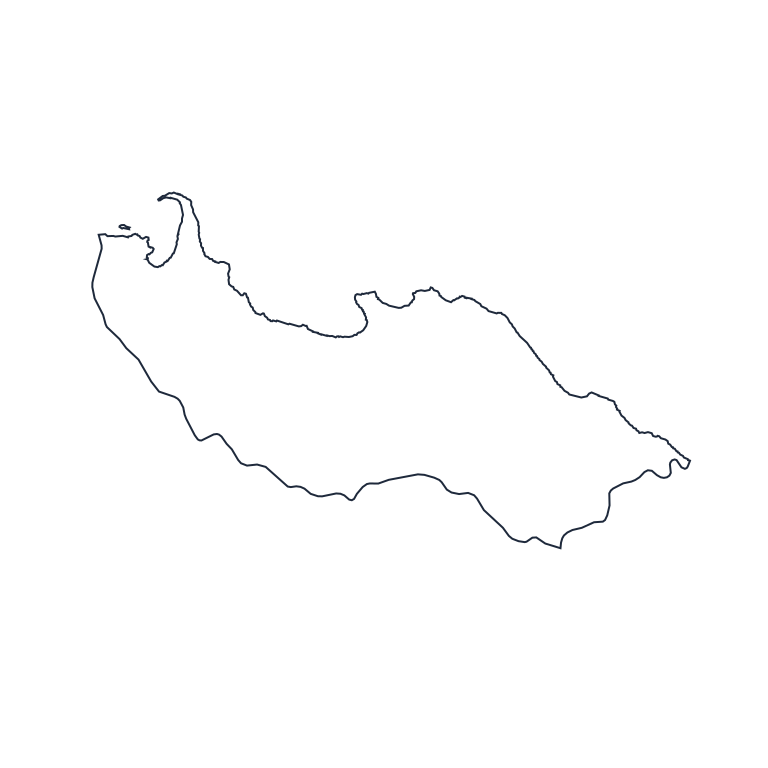 Miches, El Seybo, Dominican Republic, rotated 16°
{"feature_id": "3306468B50398630049357", "entity_name": "Miches", "entity_type": "district", "adm_level": 2, "iso_a3": "DOM", "parent_name": "Dominican Republic", "parent_adm1": "El Seybo", "projection": "mercator", "projection_center": [-69.004, 18.966], "detail": "fine", "context": "isolated", "style": "outline", "palette": "slate", "viewbox_px": 768, "rotation_deg": 16, "n_neighbors": 0, "source": "geoboundaries", "source_scale": "gbopen_adm2", "svg_char_len": 6139}
<svg xmlns="http://www.w3.org/2000/svg" viewBox="0 0 768 768"><g transform="rotate(16 384 384)"><path d="M699.4,372.5L699.0,373.4L697.2,373.4L696.8,372.5L692.5,372.0L691.2,370.7L688.2,370.2L686.5,368.8L685.2,368.8L684.8,367.9L683.5,367.9L681.4,366.1L679.7,366.1L679.3,365.2L678.0,365.2L675.8,363.4L673.7,363.0L672.4,360.7L669.8,359.8L665.1,359.8L663.0,358.4L661.3,358.4L660.8,359.3L659.6,359.8L657.0,359.8L654.9,357.5L651.0,357.5L648.0,359.3L645.4,359.3L642.9,360.7L641.6,359.3L639.5,358.9L638.6,357.5L636.0,357.5L633.9,355.7L632.6,355.7L630.0,354.4L629.6,353.5L626.2,352.1L624.5,350.3L621.0,348.9L618.0,345.8L618.0,344.9L615.0,344.4L615.0,343.5L613.3,342.1L613.3,340.8L611.6,339.9L610.3,337.6L608.6,337.2L603.9,337.2L603.1,336.3L593.6,336.3L593.6,335.8L585.9,334.9L583.8,336.7L582.5,339.9L577.4,342.6L565.0,343.0L563.3,341.7L559.4,340.8L555.6,338.1L554.3,338.1L553.8,336.7L550.8,336.3L549.6,334.4L547.8,334.0L544.4,330.4L544.4,329.0L541.8,328.6L541.0,327.2L540.1,327.2L538.9,325.4L535.4,323.6L535.0,322.7L531.2,320.9L529.4,319.1L526.9,318.1L526.4,317.2L524.3,316.3L523.5,315.0L522.6,315.0L521.7,313.6L519.6,312.7L518.7,311.3L517.9,311.3L517.0,310.0L516.2,310.0L515.3,308.6L514.5,308.6L510.2,305.0L501.2,300.5L498.2,297.8L497.3,297.8L494.3,294.6L491.8,293.2L490.5,291.4L487.9,290.1L484.5,286.5L481.1,284.6L478.1,284.2L477.2,283.3L473.8,284.2L472.9,285.1L464.4,285.1L461.8,283.3L456.2,282.4L454.5,280.6L449.0,279.2L447.7,278.3L444.7,278.3L444.7,277.8L439.6,278.3L439.6,278.8L437.8,278.8L437.4,277.8L434.8,277.8L433.6,279.2L432.7,279.2L432.7,280.1L431.4,281.5L430.6,281.5L428.4,284.2L427.6,284.2L425.9,286.9L420.3,286.5L415.1,284.6L414.3,283.7L413.0,283.7L412.2,281.9L410.0,280.1L406.2,280.1L404.0,278.3L402.3,278.3L401.9,281.0L397.6,283.3L393.8,283.7L389.5,286.0L389.0,287.8L386.9,288.7L386.9,289.6L389.0,291.9L389.5,294.1L388.2,296.0L388.2,297.8L387.3,298.2L386.1,301.8L382.2,303.2L379.6,305.9L377.1,306.8L367.2,307.3L364.2,306.4L360.4,306.4L356.1,304.1L354.8,304.1L354.8,302.8L352.7,302.3L351.4,299.6L349.7,297.8L344.5,300.5L344.1,301.4L342.4,301.4L339.4,303.2L338.1,303.2L337.3,304.6L333.4,305.0L332.1,306.4L332.1,308.6L333.0,310.9L334.7,312.3L334.7,313.2L336.0,314.5L337.7,315.0L339.0,316.8L341.5,317.2L342.4,318.6L343.2,318.6L343.7,320.0L344.5,320.0L345.4,321.8L346.2,321.8L346.2,322.7L348.4,324.9L348.8,327.2L349.7,327.2L350.9,329.0L350.9,333.1L349.2,338.1L346.7,341.2L345.8,341.2L344.5,342.6L344.1,344.4L342.0,344.9L340.7,346.7L337.3,348.5L333.0,349.4L331.7,350.3L328.7,350.3L327.8,351.2L327.0,350.7L325.7,351.2L324.8,352.5L321.0,352.1L318.4,353.0L315.9,353.0L315.9,353.5L309.9,353.5L309.9,353.9L306.4,353.5L306.4,353.0L301.3,353.5L301.3,353.0L295.7,352.1L293.6,349.4L292.7,349.8L289.7,349.4L288.4,351.2L286.3,352.1L276.5,352.1L275.6,353.0L263.6,352.5L263.2,353.5L259.8,353.5L259.4,354.4L257.6,354.8L256.8,353.9L254.6,353.9L253.4,352.5L250.8,351.6L249.1,349.4L248.2,349.4L246.1,351.6L240.9,351.2L240.5,350.3L237.9,348.9L236.7,346.7L234.9,346.2L233.2,344.4L233.2,343.5L231.5,342.6L229.4,338.5L228.5,338.5L226.4,335.3L224.7,335.3L223.8,337.6L222.1,338.1L217.0,334.9L214.0,334.4L212.3,332.2L210.6,332.2L207.6,330.8L205.8,326.7L205.8,324.0L205.0,323.6L203.7,320.9L204.1,316.3L202.0,311.8L196.4,310.9L193.0,311.8L191.7,313.2L187.9,313.2L187.9,312.7L185.7,312.7L184.4,311.3L181.9,311.8L179.7,310.4L177.2,310.4L175.4,308.6L175.4,307.7L173.3,305.9L172.5,303.2L171.6,303.2L169.9,301.4L169.4,299.1L167.7,297.8L167.3,295.5L166.5,295.1L164.7,291.4L164.7,289.6L163.9,288.7L162.6,283.3L161.7,282.8L160.9,279.7L153.2,271.5L152.3,268.8L149.3,265.2L148.5,262.0L146.8,260.6L143.3,260.2L142.1,259.3L139.5,259.3L138.2,258.4L135.6,258.4L135.6,257.9L133.5,257.9L133.5,258.4L129.2,257.9L127.5,259.3L124.9,259.7L121.5,263.4L119.4,264.3L116.0,268.8L116.8,269.7L118.1,269.2L120.7,266.1L123.2,264.7L127.5,264.3L127.5,263.8L134.4,263.8L137.8,265.6L137.8,266.5L139.5,267.9L144.2,276.9L144.2,280.6L145.1,283.7L144.2,287.8L144.6,296.9L145.1,296.9L144.6,298.7L145.9,301.4L145.5,305.0L146.3,306.8L145.9,316.3L145.1,316.8L144.2,321.3L143.3,321.8L142.1,325.4L141.2,325.4L141.2,326.3L139.5,327.7L138.6,330.8L137.8,330.8L136.5,332.6L135.6,332.6L134.4,334.0L130.9,334.4L124.9,332.2L122.4,329.5L121.5,329.5L122.4,329.0L122.4,328.1L121.1,327.7L120.7,325.4L121.9,324.0L122.8,324.0L123.7,322.2L124.9,321.3L125.4,317.7L124.1,316.8L121.5,316.8L121.5,317.2L119.8,316.8L118.1,313.2L117.2,312.7L117.2,311.3L118.1,310.4L117.2,308.2L114.7,308.2L112.1,310.9L109.5,310.4L108.2,309.1L106.5,309.1L105.7,308.2L105.2,308.6L103.5,308.2L101.0,310.0L100.5,311.3L97.5,312.7L97.5,313.6L92.0,313.6L85.1,316.3L83.0,316.3L77.4,318.1L74.8,316.8L68.6,319.2L74.3,328.6L75.3,331.8L75.5,361.2L75.8,367.0L76.9,371.2L82.2,381.4L95.0,395.1L99.9,403.3L101.9,405.6L117.4,413.7L126.4,420.6L141.3,428.2L159.5,445.8L169.8,453.3L186.1,454.1L189.7,455.0L192.3,456.5L197.5,461.9L200.8,468.4L203.5,472.0L216.2,485.4L220.3,488.6L222.2,489.0L224.1,488.6L234.2,479.4L237.2,478.1L239.3,478.1L242.3,479.3L249.2,484.9L255.7,488.7L264.7,497.2L268.4,499.6L274.8,500.2L284.2,496.4L293.1,496.3L319.7,509.1L322.8,508.8L327.9,506.5L332.1,505.9L336.4,506.5L343.8,509.8L351.5,510.1L355.6,509.0L368.2,502.4L372.4,501.5L376.6,502.0L382.4,504.7L385.1,504.6L386.9,502.7L388.2,497.1L391.9,488.9L395.1,484.9L397.8,483.5L405.9,481.3L415.0,474.8L441.5,461.5L447.9,460.2L458.1,460.2L463.6,461.0L466.5,462.5L473.5,468.2L478.8,469.7L486.5,469.1L494.9,465.5L501.3,466.1L505.0,468.5L514.8,477.7L537.9,489.4L545.9,495.6L550.0,497.4L556.6,498.0L562.9,497.2L564.5,496.3L569.0,490.8L572.7,489.5L583.0,492.9L598.9,493.2L597.9,487.7L597.9,483.2L598.7,480.0L601.2,476.2L605.4,472.4L613.8,467.7L624.0,459.0L632.3,456.0L634.0,453.8L634.8,448.7L634.3,438.6L630.7,427.0L631.4,423.9L633.1,421.3L641.3,413.6L648.7,409.6L652.0,407.0L655.4,403.1L658.6,396.9L661.4,394.2L665.4,393.6L671.5,396.4L675.7,397.4L678.9,397.1L681.7,395.7L683.6,393.4L684.2,390.4L681.0,382.5L680.9,380.6L682.0,377.9L684.2,376.4L686.2,376.5L692.9,382.1L696.6,382.6L698.1,381.4L698.7,379.7L699.4,372.5ZM90.3,302.8L87.7,303.7L86.4,305.0L86.4,305.9L89.4,306.8L90.3,305.9L96.3,305.5L95.8,304.6L96.3,303.7L92.8,303.7L90.3,302.8Z" fill="none" stroke="#1e293b" stroke-width="2"/></g></svg>